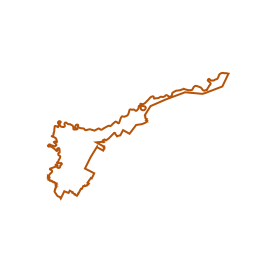 Las Cruces, Petén, Guatemala (Natural Earth projection), rotated 116°
{"feature_id": "79465075B61221719902426", "entity_name": "Las Cruces", "entity_type": "district", "adm_level": 2, "iso_a3": "GTM", "parent_name": "Guatemala", "parent_adm1": "Petén", "projection": "natural_earth1", "projection_center": [-90.704, 16.86], "detail": "fine", "context": "isolated", "style": "outline", "palette": "amber", "viewbox_px": 256, "rotation_deg": 116, "n_neighbors": 0, "source": "geoboundaries", "source_scale": "gbopen_adm2", "svg_char_len": 5895}
<svg xmlns="http://www.w3.org/2000/svg" viewBox="0 0 256 256"><g transform="rotate(116 128 128)"><path d="M49.3,61.4L35.1,61.5L35.9,64.3L36.5,65.3L36.9,67.0L37.9,68.3L39.4,69.2L40.4,69.4L42.9,69.1L44.5,69.3L45.2,69.7L46.5,71.1L47.8,71.8L48.9,74.1L48.8,74.7L48.4,76.3L48.4,76.8L48.6,77.0L49.6,77.3L50.2,77.2L50.5,76.7L51.3,73.9L51.7,73.3L52.4,73.1L53.1,73.1L54.5,73.6L55.6,73.5L57.8,73.9L58.9,73.6L59.4,74.0L59.9,74.8L60.8,75.4L61.1,76.0L61.2,76.5L61.0,77.7L60.2,79.0L59.7,80.3L60.0,83.9L60.4,85.6L61.1,86.3L62.4,86.9L65.5,87.0L66.5,88.1L67.6,90.4L68.2,93.5L68.3,95.1L69.0,95.4L69.6,96.3L71.2,97.7L73.6,101.3L76.2,103.1L77.3,103.5L78.9,103.0L80.2,103.1L80.8,103.2L81.7,103.9L81.8,105.1L81.5,107.0L81.5,107.5L81.7,108.0L82.2,108.5L83.5,108.9L84.4,109.7L84.9,110.4L85.5,112.2L85.9,112.6L87.4,113.5L87.8,114.0L88.7,115.2L89.0,116.0L89.9,117.0L90.0,117.6L88.8,118.5L88.6,118.9L88.6,119.5L89.7,120.7L90.7,121.3L93.3,122.0L98.3,123.7L99.5,124.5L100.1,125.2L100.4,125.8L100.6,127.2L100.9,127.4L101.5,127.3L102.0,126.5L102.1,125.7L102.0,125.0L101.3,122.8L101.3,122.1L101.6,121.3L102.1,120.9L103.3,120.7L104.4,121.0L105.1,121.6L105.5,122.3L105.7,123.2L105.7,123.8L105.2,124.8L103.7,125.7L103.2,126.1L102.9,126.9L103.0,127.4L103.3,127.8L103.8,127.8L105.9,127.1L108.3,127.7L108.8,128.0L109.1,128.4L109.1,128.9L108.9,130.5L108.9,130.9L109.1,131.5L109.8,132.3L110.2,133.9L110.5,134.3L110.9,134.5L111.4,134.5L113.9,134.0L115.8,133.8L117.2,134.2L119.4,136.1L119.6,136.5L120.0,138.2L120.3,138.5L120.7,138.7L122.4,138.8L127.0,138.3L127.6,138.3L127.9,138.6L128.0,139.1L127.9,139.8L127.5,140.9L127.7,141.8L127.8,142.1L131.2,143.6L132.7,144.0L133.9,144.6L134.2,145.1L134.3,146.1L135.2,147.0L139.1,149.8L140.4,150.4L141.1,151.0L141.5,152.0L141.2,153.3L141.3,154.2L141.6,154.5L145.0,156.9L145.8,161.6L146.5,162.7L147.7,164.0L148.5,165.2L148.5,166.0L148.0,167.0L147.9,167.4L148.2,168.6L148.9,170.4L149.1,171.8L149.1,173.0L148.9,173.4L148.7,173.7L147.6,173.9L147.2,174.1L147.1,174.7L147.3,175.3L147.6,175.7L148.3,176.1L149.7,176.1L150.3,175.9L150.8,175.4L151.0,174.9L151.0,173.9L150.8,173.1L151.0,173.0L151.4,173.2L151.9,173.7L153.1,176.0L153.0,176.5L151.5,177.3L150.7,178.1L150.1,179.0L150.1,180.8L149.9,181.6L150.6,183.0L150.7,183.5L150.3,186.2L150.7,186.8L151.5,187.0L152.1,186.9L153.9,185.7L154.2,185.6L154.7,185.8L155.3,186.3L155.6,186.8L156.0,188.1L156.1,189.2L155.9,189.6L155.3,190.5L154.5,191.0L153.5,191.3L152.4,191.0L152.0,191.2L151.8,191.8L151.9,192.4L152.0,192.8L152.5,193.2L153.2,193.4L153.9,193.3L154.4,192.9L154.9,191.8L155.3,191.4L155.7,191.3L156.6,191.5L157.5,191.2L157.9,191.3L158.0,191.5L157.8,192.6L157.9,193.8L158.1,194.3L158.6,194.6L159.1,194.5L160.0,194.1L161.4,193.7L162.5,193.1L164.9,192.5L165.3,192.7L166.1,192.2L167.1,192.0L167.9,192.2L168.5,192.8L168.8,192.8L168.9,192.2L168.6,191.2L168.7,189.5L168.9,188.3L170.0,186.9L170.3,186.7L171.2,186.6L171.5,185.8L171.9,185.8L171.7,186.9L172.0,187.5L172.7,188.2L173.1,188.4L173.5,187.8L173.7,186.6L174.7,184.9L175.9,185.2L176.5,185.6L177.0,188.7L177.1,189.8L177.0,190.9L177.1,191.3L177.3,191.6L178.8,192.2L179.1,192.2L179.4,191.8L179.5,191.2L178.6,189.6L178.5,188.2L178.8,185.9L179.4,183.6L179.9,182.3L179.8,181.8L179.4,181.5L178.9,181.6L178.4,182.4L177.9,182.5L176.7,182.0L176.4,181.3L176.5,180.9L176.9,180.5L179.6,178.8L180.2,178.8L180.9,179.4L181.5,179.5L182.6,178.9L182.9,178.3L183.0,176.8L183.5,176.3L184.8,176.0L186.5,176.1L187.1,176.3L188.5,176.0L189.0,176.0L189.9,176.6L190.2,176.6L190.4,176.1L190.3,175.7L188.8,172.5L189.0,171.9L189.6,171.7L191.5,172.3L192.9,171.9L193.4,172.0L194.0,172.4L194.5,173.3L194.5,174.0L194.3,174.4L193.8,174.7L193.0,174.6L192.6,174.8L192.2,175.8L192.4,176.6L192.5,176.8L193.0,176.9L194.1,176.1L194.6,176.2L198.7,180.2L199.2,180.2L199.4,179.9L199.5,179.6L199.5,179.3L199.2,178.9L199.3,178.3L199.9,177.4L200.4,177.1L201.5,177.2L203.1,177.9L204.7,178.2L206.2,179.0L206.9,178.7L206.7,178.6L206.8,178.3L206.5,178.5L206.6,178.2L206.4,177.8L206.7,177.7L206.8,176.8L207.1,176.7L208.0,177.3L208.4,177.3L208.5,177.1L208.6,177.4L209.0,177.2L209.1,175.6L209.3,175.8L209.3,175.2L209.5,175.0L209.3,174.8L209.4,174.7L209.4,173.9L209.2,174.1L209.2,173.8L208.9,173.4L209.1,173.0L209.2,173.4L209.4,173.3L209.4,172.9L209.4,172.7L209.2,172.4L209.3,172.3L209.3,172.2L209.2,172.1L209.3,171.7L209.2,171.4L209.3,171.3L209.2,171.2L209.3,170.9L209.0,170.6L209.0,170.3L209.2,170.1L209.2,169.5L209.3,169.5L209.2,168.5L209.4,168.6L209.5,168.5L209.4,168.3L209.6,168.2L209.9,168.3L209.9,168.1L210.0,168.2L210.3,168.2L210.6,168.0L210.8,167.8L210.6,167.6L211.1,167.5L211.2,167.2L211.3,167.4L211.5,167.2L211.9,167.5L212.2,167.1L212.5,167.1L212.8,166.8L213.1,166.8L213.1,166.6L214.7,166.9L215.0,166.8L215.0,166.5L215.7,166.4L216.0,166.5L217.4,166.1L219.8,162.1L220.1,161.1L219.9,158.9L220.9,157.5L212.8,157.5L212.4,152.9L209.9,152.9L210.0,149.6L210.6,149.6L210.7,146.8L211.2,146.8L211.3,144.2L208.9,144.1L209.0,143.8L203.5,143.7L203.2,143.6L203.1,142.9L202.8,142.8L202.7,143.0L202.1,142.8L199.7,142.7L199.3,141.6L198.6,141.6L198.7,140.6L197.4,139.9L197.4,139.5L196.3,139.1L196.3,139.6L195.4,139.6L195.4,139.0L195.0,138.9L194.9,140.4L189.1,139.4L189.2,138.5L183.5,138.5L183.3,148.9L170.4,148.8L158.4,147.6L158.8,147.3L159.2,140.4L156.4,140.3L156.4,141.3L155.0,141.3L155.2,143.0L154.8,150.2L153.6,148.3L153.5,147.8L153.1,147.4L151.5,144.7L151.7,144.1L151.1,143.4L150.5,144.2L150.2,145.1L149.7,145.0L148.6,144.1L148.8,142.4L145.8,140.7L138.4,138.3L138.3,137.4L138.6,137.4L140.3,134.1L139.5,133.6L138.0,131.7L132.1,131.5L132.5,124.1L121.7,122.0L118.8,117.7L117.4,116.2L115.6,114.7L114.4,114.0L114.1,114.3L113.9,114.3L113.7,113.8L113.2,114.5L113.0,114.4L113.0,114.7L112.6,114.4L112.5,114.7L112.3,114.9L112.0,115.5L111.6,115.4L111.6,115.7L111.8,115.7L111.9,116.0L111.6,116.6L111.0,117.1L109.9,117.5L109.8,117.9L109.1,118.2L109.0,118.5L98.4,117.3L85.7,106.5L70.9,92.4L64.7,76.1L62.5,73.7L49.3,61.4Z" fill="none" stroke="#b45309" stroke-width="2"/></g></svg>